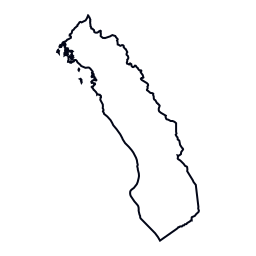 outline of Pesisir Selatan, Sumatera Barat, Indonesia
{"feature_id": "22746128B35993392452682", "entity_name": "Pesisir Selatan", "entity_type": "district", "adm_level": 2, "iso_a3": "IDN", "parent_name": "Indonesia", "parent_adm1": "Sumatera Barat", "projection": "orthographic", "projection_center": [100.561, -1.718], "detail": "fine", "context": "isolated", "style": "outline", "palette": "ink", "viewbox_px": 256, "rotation_deg": 0, "n_neighbors": 0, "source": "geoboundaries", "source_scale": "gbopen_adm2", "svg_char_len": 5458}
<svg xmlns="http://www.w3.org/2000/svg" viewBox="0 0 256 256"><path d="M198.4,206.9L195.8,184.9L193.6,182.1L192.7,180.1L187.2,171.2L187.4,169.3L187.1,167.0L186.6,166.5L185.1,165.9L183.7,163.9L180.9,161.1L180.1,160.4L178.2,159.2L177.7,158.6L178.0,156.7L177.6,155.4L178.4,155.6L179.1,155.5L180.9,154.2L181.2,152.0L182.8,149.9L183.1,149.2L182.7,148.4L182.0,147.8L180.1,144.9L179.3,140.7L179.1,140.4L177.7,139.5L177.7,138.2L177.4,137.2L176.8,136.7L175.7,134.8L176.5,133.6L176.1,131.9L176.1,123.2L174.5,121.8L172.6,121.0L170.7,121.0L168.3,119.7L166.7,119.3L166.2,118.8L165.5,116.8L165.9,115.7L160.9,112.8L159.2,111.4L158.8,110.4L158.7,108.9L159.0,107.7L159.5,106.5L159.6,105.5L159.1,105.1L158.9,104.6L158.0,104.0L157.8,103.5L156.9,103.0L155.4,100.3L154.2,99.5L153.8,98.5L153.7,96.4L153.1,94.9L153.3,93.8L152.6,93.2L150.4,92.9L148.2,91.0L147.0,90.2L146.9,89.8L147.7,88.1L147.4,86.5L148.1,85.6L148.0,84.3L146.9,83.1L141.8,80.0L141.0,79.1L140.9,78.8L141.5,78.0L142.8,77.9L143.4,77.5L142.7,75.0L140.7,72.3L140.7,71.8L141.3,71.1L141.3,70.6L140.9,70.3L139.6,70.4L139.0,69.9L138.2,69.0L137.7,67.9L136.7,67.3L135.8,65.8L135.0,65.6L133.9,66.8L133.1,67.1L132.5,67.0L131.4,65.7L131.3,64.2L130.1,63.4L129.1,64.5L127.5,63.6L127.2,63.7L126.9,63.2L126.8,62.5L127.3,61.0L127.2,59.7L128.2,58.7L128.3,57.3L127.8,55.9L126.6,54.8L126.5,54.4L126.7,53.2L127.3,52.1L125.7,49.1L125.2,48.9L124.7,48.4L123.6,47.0L123.8,46.3L123.6,45.7L122.9,45.2L122.2,45.1L121.7,45.2L120.5,45.8L119.6,45.5L118.9,44.9L117.7,44.5L117.5,41.7L117.0,40.5L117.6,39.8L117.7,39.2L115.9,37.1L115.3,36.0L112.4,35.1L111.3,35.6L110.3,36.3L104.9,38.1L104.2,37.9L103.0,38.0L101.2,36.6L100.6,35.9L100.9,33.9L100.5,32.8L100.8,32.1L100.8,31.0L100.5,30.8L100.3,30.7L98.9,31.4L98.1,32.2L97.0,32.7L95.3,32.6L94.3,32.0L94.0,30.1L93.4,29.8L92.5,28.7L91.4,28.6L91.2,28.2L91.0,26.9L90.5,26.4L90.5,25.3L90.2,23.2L90.1,22.1L90.3,21.7L90.1,20.8L90.4,19.9L89.4,17.3L88.7,16.7L88.4,15.6L88.1,15.4L86.9,18.3L85.6,20.4L81.6,22.4L80.5,21.9L79.6,22.2L78.4,24.0L77.4,25.1L77.5,25.7L77.3,26.1L76.5,26.5L75.7,27.4L74.9,27.9L73.6,29.7L72.3,30.5L71.7,33.0L71.1,33.7L69.8,34.4L69.6,35.3L69.6,35.6L70.1,35.7L70.9,36.5L70.9,37.8L68.5,39.2L67.3,39.6L65.9,41.2L63.1,42.2L62.2,43.4L62.1,44.7L61.3,45.6L63.1,44.4L63.5,44.9L63.5,44.4L63.9,43.9L64.9,43.3L65.2,43.6L65.4,44.4L65.6,44.8L64.8,45.9L65.4,47.4L64.9,47.8L65.1,48.1L65.6,48.1L65.8,48.9L67.1,48.2L67.4,48.5L67.1,48.7L67.5,48.5L67.9,48.6L68.1,49.2L67.6,49.5L67.7,49.9L68.1,50.4L69.3,50.8L69.5,51.1L70.3,51.1L70.4,51.5L70.7,51.3L71.0,50.7L72.1,50.9L72.3,51.4L72.6,51.5L71.7,52.4L71.9,53.3L71.7,53.7L72.1,54.7L71.9,55.0L71.4,54.7L71.0,55.0L72.0,55.4L71.7,55.7L71.8,55.9L73.0,55.8L73.2,56.0L72.4,57.2L72.5,57.7L73.0,57.9L72.5,58.3L72.4,58.8L72.7,59.5L72.0,59.7L71.4,59.5L70.7,57.8L70.6,57.0L69.8,57.0L69.4,56.6L68.9,56.8L68.4,57.3L68.5,58.9L68.7,59.7L68.1,60.8L68.0,61.8L69.0,61.8L69.7,62.3L69.9,61.8L70.6,61.4L71.0,61.9L70.9,62.7L71.1,62.8L72.2,62.0L73.7,61.5L74.0,61.2L74.1,60.5L74.8,60.0L75.8,60.0L76.7,60.8L77.5,62.4L80.2,64.7L81.2,66.0L85.4,67.8L88.3,67.5L89.0,67.6L90.3,68.6L92.7,71.6L92.7,72.3L92.5,72.7L92.0,72.8L92.2,73.9L92.8,73.5L93.1,73.5L93.5,73.9L93.7,74.8L92.9,76.1L92.2,75.7L91.9,75.8L91.9,76.4L91.6,76.8L92.0,77.2L93.8,76.4L94.3,76.5L94.5,76.9L94.4,78.1L95.0,78.1L95.4,78.3L95.6,79.4L96.3,79.8L96.4,80.1L96.0,80.5L95.1,80.1L93.5,80.1L92.2,80.7L91.7,81.6L91.3,81.9L91.7,82.9L92.9,82.7L93.6,83.5L94.7,83.3L95.1,84.0L95.0,84.4L94.3,84.9L93.5,85.7L93.2,86.4L92.7,86.8L92.1,86.6L91.7,87.0L93.2,88.9L93.7,89.9L94.1,90.0L96.1,92.2L97.0,93.7L97.1,94.6L97.5,94.3L97.9,94.3L98.9,94.6L99.3,95.0L99.8,94.8L100.9,95.9L101.0,97.2L100.5,97.5L100.6,98.0L100.3,99.8L102.8,104.5L102.9,106.8L102.7,108.1L103.3,109.2L103.5,110.0L103.4,110.7L103.3,111.0L103.1,110.9L102.9,111.4L103.9,113.0L104.0,113.8L107.4,116.6L110.6,120.2L112.1,122.8L113.3,125.3L116.5,129.1L120.3,134.4L122.3,138.2L122.7,139.3L125.1,143.1L128.8,146.8L131.6,150.1L133.3,152.5L136.0,157.7L136.9,160.3L137.3,163.1L137.7,164.4L137.7,165.1L137.2,166.2L137.8,168.7L137.8,169.5L138.8,173.4L139.0,176.0L138.7,177.9L137.7,182.0L136.8,184.2L133.9,187.9L131.5,189.7L130.6,190.7L130.2,191.7L130.1,193.2L130.3,194.8L130.8,196.1L134.3,201.3L137.4,204.9L138.2,206.1L138.6,207.7L138.7,209.9L138.6,210.2L138.8,211.6L139.5,214.6L140.1,215.9L140.2,217.4L140.6,218.4L155.1,233.2L158.0,237.1L160.0,240.6L176.1,229.3L177.7,228.1L178.3,227.2L179.3,227.1L179.6,226.7L180.3,226.4L181.8,226.5L182.7,225.5L183.9,225.4L184.8,224.3L186.4,224.1L187.1,223.1L190.1,221.3L190.7,220.5L191.7,220.5L191.6,217.9L191.8,217.2L194.8,215.9L196.2,214.1L198.5,212.0L198.9,210.8L198.2,208.4L198.4,206.9ZM66.3,50.2L66.8,49.4L66.1,49.7L65.5,49.5L65.0,50.0L65.2,51.5L65.0,52.3L64.4,52.9L64.5,53.5L64.3,54.0L64.4,54.7L64.8,54.9L64.7,55.3L65.7,54.7L66.0,55.0L66.5,54.8L66.7,55.2L67.4,55.6L68.0,54.4L67.7,53.4L67.9,52.5L67.5,51.9L67.6,51.5L67.1,51.4L66.8,51.5L66.7,51.7L67.1,51.8L67.1,52.0L66.2,52.8L65.8,52.6L65.8,52.8L65.5,52.5L66.0,52.1L66.2,51.1L66.5,50.8L66.3,50.2ZM59.0,49.6L58.1,49.8L57.4,50.9L57.1,52.0L57.5,52.1L58.3,52.5L58.8,53.1L58.7,52.0L59.1,51.0L58.7,50.7L58.6,50.1L58.8,49.7L59.0,49.6ZM81.5,79.9L80.6,78.8L80.1,79.0L80.8,79.4L81.0,80.1L80.9,80.1L80.9,80.7L81.4,80.7L81.5,79.9ZM78.8,70.6L79.3,69.3L78.9,68.8L78.5,69.4L78.6,70.4L78.8,70.6ZM61.2,47.0L61.5,46.5L61.2,46.3L61.3,45.6L60.2,47.1L61.2,47.0ZM60.2,45.8L60.7,45.0L60.3,44.9L59.8,45.8L60.2,45.8ZM81.6,81.8L81.4,81.8L81.3,82.1L81.5,82.7L81.7,82.4L81.6,81.8Z" fill="none" stroke="#020617" stroke-width="2"/></svg>